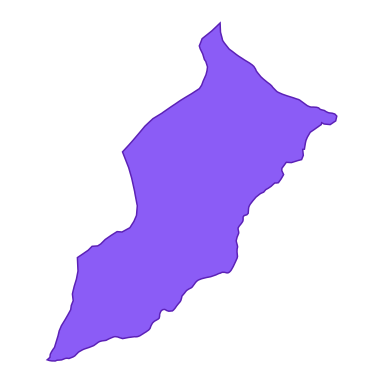 outline of Phangyuel, Wangdi Phodrang, Bhutan
{"feature_id": "84629894B89694537760165", "entity_name": "Phangyuel", "entity_type": "district", "adm_level": 2, "iso_a3": "BTN", "parent_name": "Bhutan", "parent_adm1": "Wangdi Phodrang", "projection": "mercator", "projection_center": [89.951, 27.528], "detail": "fine", "context": "isolated", "style": "filled", "palette": "violet", "viewbox_px": 384, "rotation_deg": 0, "n_neighbors": 0, "source": "geoboundaries", "source_scale": "gbopen_adm2", "svg_char_len": 3277}
<svg xmlns="http://www.w3.org/2000/svg" viewBox="0 0 384 384"><path d="M220.2,273.2L222.1,272.3L224.4,272.3L227.0,272.9L228.2,272.8L229.4,272.1L230.5,271.0L231.2,270.1L233.2,266.6L235.7,261.3L236.4,259.7L237.1,258.2L237.5,256.4L237.0,251.9L237.1,249.2L237.6,246.9L237.4,245.6L236.5,242.3L236.2,240.8L237.1,237.1L237.7,235.7L238.7,233.2L238.7,232.1L238.4,230.6L238.1,229.3L238.1,228.0L239.0,226.4L239.8,225.4L241.2,223.7L242.7,221.5L243.1,220.0L243.1,217.0L244.1,215.6L245.3,215.2L246.8,214.8L248.2,213.3L248.6,208.2L248.9,206.8L250.0,204.5L253.0,200.6L256.0,197.1L259.7,194.1L260.8,193.4L263.7,192.1L264.6,191.0L265.8,189.6L268.0,188.4L271.0,186.4L273.7,183.9L274.8,183.0L276.4,183.0L278.4,182.7L281.2,178.8L283.6,174.6L281.8,170.6L281.9,168.3L286.3,162.3L291.4,162.6L298.1,160.5L301.6,159.6L303.3,155.4L302.7,149.4L304.4,149.2L305.4,143.0L306.0,140.4L307.4,137.1L310.2,132.3L321.2,124.6L321.7,122.7L324.1,124.0L330.2,124.6L335.7,120.9L336.8,116.1L334.8,114.0L332.2,113.2L329.4,112.9L328.2,112.6L326.2,111.7L324.4,110.5L322.4,110.0L320.3,109.4L318.6,107.9L316.7,107.3L313.8,107.1L311.1,107.1L309.6,106.7L307.3,105.7L299.7,100.1L298.5,99.5L296.2,98.8L293.7,97.9L287.3,95.9L282.7,94.3L279.0,92.7L277.2,91.8L276.3,91.0L272.8,87.4L271.7,85.9L270.0,84.3L267.3,82.3L263.3,79.0L260.8,76.7L257.4,72.5L256.2,70.8L255.6,69.2L253.9,66.5L252.3,65.0L249.5,63.0L244.7,60.1L238.4,56.0L236.3,54.5L232.2,51.3L230.1,49.8L229.0,48.9L224.2,42.8L222.6,40.4L222.1,38.2L220.5,32.2L220.1,23.0L211.8,30.9L210.7,31.8L203.2,37.8L202.1,38.7L200.2,43.7L199.3,45.9L200.2,48.8L202.7,53.9L204.4,59.5L205.8,61.5L207.5,66.9L207.0,70.7L206.0,74.7L203.2,81.0L201.7,85.1L199.4,88.6L191.6,93.7L185.2,97.5L180.5,100.4L170.3,107.3L163.1,112.3L161.9,113.2L153.0,118.6L150.2,121.2L144.9,126.2L139.4,132.8L137.2,135.4L131.8,141.7L128.4,145.5L122.5,151.9L128.7,167.7L131.7,178.2L134.7,191.8L134.9,193.2L137.0,204.4L137.3,205.7L136.5,215.4L133.9,221.4L129.9,227.7L122.0,232.0L117.1,231.6L114.4,233.3L111.1,235.4L105.2,239.5L100.7,244.0L97.7,245.9L92.1,246.3L88.1,250.3L77.4,257.6L78.0,271.0L76.4,279.2L74.2,286.4L72.8,292.2L72.4,294.0L73.2,300.7L71.3,305.4L70.7,309.7L67.8,315.0L65.2,319.5L61.4,325.7L59.2,330.9L58.1,335.6L54.5,347.4L53.1,349.3L51.6,351.6L50.3,354.2L49.9,357.4L47.2,359.8L49.3,360.5L51.8,360.9L53.6,360.9L55.2,361.0L57.1,360.2L59.1,360.1L61.5,359.9L62.9,359.4L65.1,358.5L66.9,358.2L69.0,358.5L70.3,358.0L73.1,356.9L74.8,355.9L78.4,352.2L79.5,351.5L82.7,349.7L84.6,348.9L89.2,347.4L93.7,345.6L96.1,343.9L98.2,342.3L99.7,341.5L101.9,340.9L105.0,340.5L106.1,340.3L108.6,339.0L110.2,338.3L111.6,337.7L113.9,336.8L115.1,336.6L117.5,336.9L119.4,337.6L122.6,338.6L128.4,337.5L134.5,336.7L135.9,336.8L137.7,336.6L139.8,335.8L144.7,332.7L146.2,331.8L147.4,330.9L148.6,330.1L150.0,328.5L151.0,325.7L152.5,323.0L154.3,321.3L158.3,319.0L159.2,318.1L159.6,316.2L159.7,314.1L160.4,312.3L161.2,310.8L162.8,309.6L164.8,309.4L166.9,310.6L168.8,311.2L172.4,310.9L173.5,310.0L175.0,308.3L176.8,305.7L178.5,303.6L179.9,302.0L180.8,300.6L181.6,297.9L181.9,296.2L184.6,293.0L185.5,291.8L186.6,290.5L188.5,289.2L191.4,287.7L192.3,286.9L195.6,282.4L197.1,280.9L198.4,280.0L201.2,278.9L202.5,278.5L206.5,277.5L209.2,277.0L210.7,276.7L215.9,274.9L218.9,273.5L220.2,273.2Z" fill="#8b5cf6" stroke="#5b21b6" stroke-width="1.5"/></svg>